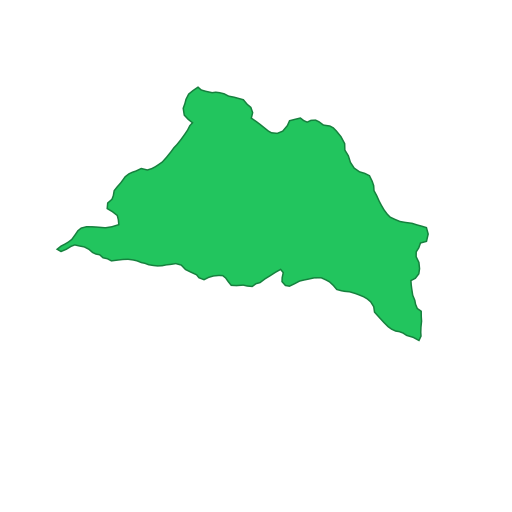 outline of Cravinhos, São Paulo, Brazil, rotated 231°
{"feature_id": "56859067B19877551260818", "entity_name": "Cravinhos", "entity_type": "district", "adm_level": 2, "iso_a3": "BRA", "parent_name": "Brazil", "parent_adm1": "São Paulo", "projection": "albers", "projection_center": [-47.747, -21.314], "detail": "fine", "context": "isolated", "style": "filled", "palette": "green", "viewbox_px": 512, "rotation_deg": 231, "n_neighbors": 0, "source": "geoboundaries", "source_scale": "gbopen_adm2", "svg_char_len": 2793}
<svg xmlns="http://www.w3.org/2000/svg" viewBox="0 0 512 512"><g transform="rotate(231 256 256)"><path d="M398.9,212.6L399.8,208.9L399.9,204.2L398.0,197.2L397.1,191.8L396.0,186.9L392.6,183.0L390.7,179.7L390.5,174.1L386.5,170.2L380.9,172.3L374.8,173.7L370.9,171.9L366.7,169.1L369.4,162.4L372.7,156.7L379.0,150.1L381.9,146.9L385.4,142.7L387.7,137.7L387.7,133.5L386.3,128.9L384.8,123.3L384.9,119.0L385.5,114.9L386.4,110.7L386.4,105.7L382.2,107.3L380.6,112.9L379.9,118.4L378.7,122.1L374.8,125.2L371.1,128.3L366.3,130.4L361.6,131.2L358.3,132.8L355.3,135.3L350.9,136.0L347.4,138.8L343.2,140.6L340.0,145.8L337.0,150.5L334.0,154.5L330.2,158.1L327.1,160.5L323.0,162.8L320.2,165.1L316.9,167.0L313.3,170.2L310.2,173.3L307.5,177.0L305.6,180.7L303.3,184.2L300.6,188.9L296.0,192.2L289.9,192.7L284.7,195.1L278.8,198.0L275.0,198.0L270.3,200.7L269.2,205.8L267.2,210.5L264.2,215.0L261.7,217.8L258.0,218.6L253.5,218.3L248.8,218.3L245.3,222.2L241.4,227.8L238.2,230.3L234.7,233.9L234.5,238.5L232.8,242.4L232.6,248.5L231.8,254.5L231.1,260.9L230.1,266.7L225.9,266.7L222.7,262.7L219.7,260.1L214.6,260.3L211.5,263.0L210.2,268.5L209.1,274.1L207.1,278.3L205.0,282.3L202.4,287.5L198.0,293.0L193.2,295.4L189.5,296.9L184.4,297.6L179.2,297.7L175.4,300.4L172.7,302.7L169.2,306.3L164.2,309.7L160.8,311.7L156.6,314.0L152.6,315.5L148.2,316.3L142.5,315.6L137.8,312.8L133.8,313.0L129.8,313.2L123.6,313.6L117.9,314.2L113.9,315.3L109.8,317.3L107.0,319.8L103.6,321.8L99.5,323.1L93.8,327.0L87.8,329.5L89.9,333.8L93.0,336.0L96.9,339.4L101.1,343.6L104.9,346.3L109.1,349.6L113.7,348.3L118.1,349.6L121.6,351.5L126.9,353.1L132.9,356.6L136.1,358.6L139.4,360.9L138.4,365.8L139.7,371.3L143.2,375.1L148.4,378.5L154.7,380.0L158.4,383.1L159.9,387.6L162.6,392.0L160.1,397.7L164.7,403.6L170.8,406.3L174.8,403.6L179.1,400.5L183.1,397.9L188.4,392.9L192.2,389.6L197.0,387.0L201.8,384.7L206.0,384.3L211.2,384.5L216.5,385.3L221.0,386.2L227.1,387.8L232.5,388.8L236.6,391.7L240.9,393.3L247.0,394.7L251.8,392.5L256.3,389.4L262.5,387.6L269.4,388.3L275.7,390.8L282.4,391.7L287.5,395.6L295.2,397.1L302.5,397.1L306.9,396.7L310.5,395.2L315.3,390.8L320.7,389.4L324.1,387.8L326.8,384.1L327.8,380.0L331.2,378.3L335.3,377.3L337.9,371.8L340.0,367.2L337.6,362.5L336.2,355.3L337.9,349.7L342.1,345.5L345.4,344.2L355.6,342.0L360.0,340.9L366.1,339.1L369.5,343.6L374.7,345.5L379.4,344.6L385.4,344.5L389.3,341.7L393.2,338.9L397.5,335.3L402.1,333.3L405.9,330.4L408.6,327.8L410.5,324.7L415.6,320.6L419.5,317.9L423.7,317.2L424.2,311.3L424.2,305.6L421.8,300.2L419.2,296.7L416.6,292.4L410.6,288.9L405.0,289.3L399.5,290.5L398.9,286.6L396.9,282.1L395.4,277.2L393.7,271.0L392.3,264.6L391.8,260.5L390.5,255.6L389.0,248.6L388.0,242.4L388.3,238.1L388.7,234.0L389.5,230.0L391.2,225.7L396.2,221.9L397.6,216.1L398.9,212.6Z" fill="#22c55e" stroke="#15803d" stroke-width="1.5"/></g></svg>